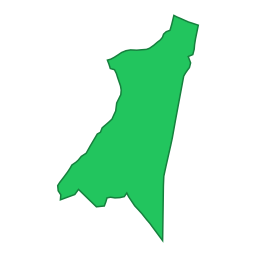 Pacatuba, Ceará, Brazil
{"feature_id": "56859067B42057583895645", "entity_name": "Pacatuba", "entity_type": "district", "adm_level": 2, "iso_a3": "BRA", "parent_name": "Brazil", "parent_adm1": "Ceará", "projection": "orthographic", "projection_center": [-38.602, -3.952], "detail": "fine", "context": "isolated", "style": "filled", "palette": "green", "viewbox_px": 256, "rotation_deg": 0, "n_neighbors": 0, "source": "geoboundaries", "source_scale": "gbopen_adm2", "svg_char_len": 1198}
<svg xmlns="http://www.w3.org/2000/svg" viewBox="0 0 256 256"><path d="M162.6,240.6L162.7,236.2L163.4,185.8L163.8,176.2L165.9,166.5L170.7,145.4L172.3,138.0L175.4,120.6L183.7,76.1L185.5,73.0L187.5,70.1L189.4,67.6L190.6,62.9L188.2,56.5L192.8,54.6L194.2,49.2L194.6,44.4L195.5,38.8L198.3,25.2L192.6,23.3L188.2,21.9L180.6,18.5L176.8,16.9L173.9,15.4L171.8,24.1L170.0,30.3L166.2,31.7L163.6,34.1L162.5,37.3L160.3,40.0L157.5,42.1L153.9,45.2L149.6,48.2L146.5,49.4L142.4,49.7L136.8,50.2L130.6,49.9L126.0,50.7L121.6,52.5L118.5,54.6L114.3,57.3L110.7,59.2L107.4,60.1L109.0,64.3L110.3,68.5L114.5,69.7L116.4,73.5L117.6,77.4L118.8,80.9L120.5,85.9L121.2,90.1L120.8,94.7L116.7,103.0L115.7,111.0L114.1,114.4L112.0,119.1L108.6,122.3L102.2,127.8L100.4,132.3L97.3,134.0L90.4,145.7L86.2,153.2L81.3,156.4L78.3,160.1L76.0,162.2L71.9,165.0L70.1,168.2L67.6,172.0L63.6,177.4L59.9,182.2L57.7,185.6L58.2,190.8L60.8,194.8L60.4,199.8L74.8,194.5L78.5,189.4L96.4,206.8L104.3,206.0L105.9,201.7L107.0,197.9L110.5,197.2L115.0,197.9L120.0,197.6L124.3,196.6L126.8,193.0L128.5,196.5L134.7,205.8L137.7,209.0L141.6,213.3L144.4,216.8L146.7,219.7L149.9,223.4L151.9,226.2L162.6,240.6Z" fill="#22c55e" stroke="#15803d" stroke-width="1.5"/></svg>